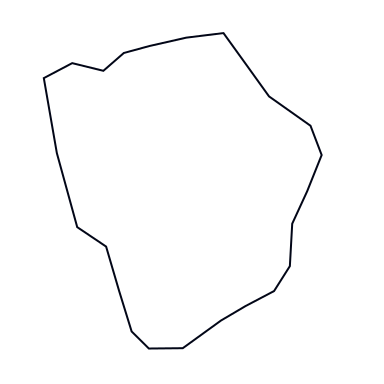 Ulleung-gun, North Gyeongsang, South Korea, rotated 263°
{"feature_id": "91817680B98862203953263", "entity_name": "Ulleung-gun", "entity_type": "district", "adm_level": 2, "iso_a3": "KOR", "parent_name": "South Korea", "parent_adm1": "North Gyeongsang", "projection": "natural_earth1", "projection_center": [130.855, 37.493], "detail": "fine", "context": "isolated", "style": "outline", "palette": "ink", "viewbox_px": 384, "rotation_deg": 263, "n_neighbors": 0, "source": "geoboundaries", "source_scale": "gbopen_adm2", "svg_char_len": 455}
<svg xmlns="http://www.w3.org/2000/svg" viewBox="0 0 384 384"><g transform="rotate(263 192 192)"><path d="M171.1,73.8L148.3,100.1L102.7,107.6L60.9,115.1L41.9,130.1L38.1,163.8L60.9,205.1L72.3,231.3L83.7,261.4L106.5,280.1L148.3,287.6L178.7,306.4L212.9,325.2L243.3,317.7L277.5,280.1L311.7,261.4L345.9,242.6L345.9,205.1L342.1,167.6L338.3,141.3L323.1,118.8L334.5,88.8L323.1,58.8L247.1,62.6L171.1,73.8Z" fill="none" stroke="#020617" stroke-width="2"/></g></svg>